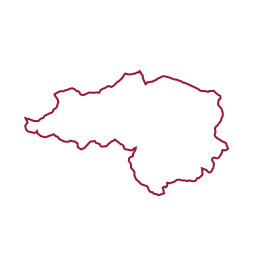 outline of Mambaí, Goiás, Brazil, rotated 103°
{"feature_id": "56859067B86407109501977", "entity_name": "Mambaí", "entity_type": "district", "adm_level": 2, "iso_a3": "BRA", "parent_name": "Brazil", "parent_adm1": "Goiás", "projection": "natural_earth1", "projection_center": [-46.057, -14.451], "detail": "fine", "context": "isolated", "style": "outline", "palette": "rose", "viewbox_px": 256, "rotation_deg": 103, "n_neighbors": 0, "source": "geoboundaries", "source_scale": "gbopen_adm2", "svg_char_len": 3515}
<svg xmlns="http://www.w3.org/2000/svg" viewBox="0 0 256 256"><g transform="rotate(103 128 128)"><path d="M125.7,25.9L120.9,29.1L120.2,30.5L120.0,32.0L119.9,33.5L119.0,35.0L118.4,37.3L117.5,39.5L116.6,41.1L115.4,41.9L114.1,42.2L112.2,41.8L110.7,42.3L109.7,43.1L107.9,43.0L106.4,42.3L105.1,41.2L103.5,40.7L101.8,39.8L100.6,39.3L99.1,39.0L97.6,39.2L96.3,38.8L94.9,38.4L93.1,38.8L91.3,39.4L89.3,40.6L87.7,41.7L86.3,43.9L85.2,45.3L83.9,45.7L81.7,45.9L79.9,45.9L78.8,44.7L77.6,44.7L76.0,45.3L75.2,48.0L74.6,49.2L73.9,50.7L72.4,52.9L73.2,54.8L73.6,57.0L74.8,58.1L74.7,59.5L74.7,61.4L75.2,63.6L75.4,66.1L74.6,67.5L74.1,69.0L72.3,77.0L71.2,82.9L71.4,84.5L70.6,86.4L70.3,89.4L69.9,91.5L70.2,93.4L70.2,95.1L69.7,97.0L69.5,99.6L69.4,101.1L69.4,103.7L69.6,105.1L70.6,107.1L71.9,108.3L72.9,109.9L74.1,110.8L75.3,112.0L76.2,113.6L77.4,114.6L77.8,116.3L78.6,117.8L79.2,119.6L80.4,119.9L81.4,120.7L78.3,123.1L75.9,124.9L73.9,125.2L72.1,127.3L70.8,128.2L70.0,129.6L71.4,129.9L72.0,132.0L73.3,133.2L74.3,135.9L75.4,137.9L75.7,139.8L75.6,143.0L77.2,143.9L79.7,144.4L84.3,147.3L85.4,148.7L87.7,150.0L88.9,150.8L90.2,151.6L91.8,153.5L91.4,155.9L92.0,157.2L92.9,158.2L94.3,159.4L95.4,161.4L97.0,163.1L98.9,163.7L100.2,164.1L100.2,165.9L101.3,169.1L101.9,172.0L102.2,174.0L103.7,175.8L105.8,178.6L106.2,180.2L105.8,182.0L104.1,183.5L103.4,184.7L103.6,186.4L102.3,188.5L101.8,191.2L102.6,193.1L104.0,195.0L105.6,197.9L107.1,199.8L107.0,201.3L108.4,203.8L111.7,207.2L112.9,206.5L115.6,203.3L118.4,201.7L120.2,202.0L123.4,202.0L125.1,203.0L127.0,204.9L128.8,204.9L130.3,205.8L131.6,208.1L133.9,210.7L134.8,212.0L137.4,213.0L138.7,215.2L141.6,217.2L142.3,221.2L141.7,225.7L141.5,230.1L142.9,229.1L143.9,227.9L145.2,227.1L147.7,228.2L149.2,228.6L150.3,228.1L151.7,227.3L152.9,226.5L153.9,224.5L153.8,222.0L153.9,218.6L153.1,216.6L151.6,216.0L153.4,215.1L154.2,214.0L154.6,212.7L155.5,211.4L155.5,209.3L155.8,207.7L155.6,206.4L154.9,205.3L153.7,203.5L151.9,200.5L150.8,198.7L152.4,196.4L152.2,195.0L153.2,193.4L154.2,192.6L154.7,190.7L155.1,188.8L155.5,187.3L155.3,185.7L155.1,184.0L154.6,182.7L153.4,181.6L153.4,178.6L153.1,176.4L153.9,175.2L154.5,173.5L156.4,173.2L157.9,172.7L159.4,168.9L157.3,166.0L150.3,162.0L149.4,161.1L149.0,159.3L148.1,157.6L149.7,155.8L150.0,152.0L151.2,151.0L152.1,150.0L151.2,146.7L150.4,144.7L148.4,143.8L146.9,142.5L145.7,141.8L144.7,140.9L143.8,139.4L142.2,138.2L143.3,135.8L144.3,133.7L145.4,131.4L145.6,129.4L147.0,127.9L148.3,127.6L149.3,126.2L149.2,123.2L149.1,121.7L149.2,119.9L148.3,118.6L146.6,117.6L145.5,116.0L148.1,115.9L149.4,116.5L150.8,116.9L152.1,117.2L154.0,116.9L155.2,118.1L156.0,119.3L157.1,120.0L159.3,120.0L160.8,118.9L161.7,117.6L162.9,116.9L165.9,116.2L168.3,113.0L169.8,111.7L172.4,111.2L173.8,110.4L176.1,108.7L177.6,105.9L178.9,103.8L179.8,102.3L180.5,96.0L184.0,93.6L185.2,92.0L185.1,89.3L186.2,88.3L186.1,85.4L186.6,82.8L185.3,81.1L184.3,79.4L183.5,78.1L181.8,79.1L180.1,79.6L178.5,80.7L176.9,79.5L177.3,78.0L176.1,77.0L174.3,77.0L172.6,77.5L172.6,75.4L171.2,72.8L169.9,70.7L167.8,69.0L166.8,66.9L166.8,65.3L166.9,63.8L166.6,61.9L166.2,60.0L166.5,58.7L165.8,57.3L165.1,56.2L165.4,54.1L165.1,52.2L164.5,50.7L163.3,49.9L161.4,49.4L160.6,47.5L156.8,44.9L151.7,46.4L150.6,46.9L151.0,44.4L151.3,42.0L152.5,40.7L153.1,38.5L151.4,36.8L149.7,36.6L147.8,35.9L143.6,36.2L142.4,36.9L140.6,38.8L139.0,39.0L137.8,38.4L137.4,36.7L137.6,34.9L137.2,33.6L136.3,32.8L134.6,32.2L132.7,31.4L130.3,31.0L128.3,31.0L128.1,29.0L127.4,27.5L125.7,25.9Z" fill="none" stroke="#9f1239" stroke-width="2"/></g></svg>